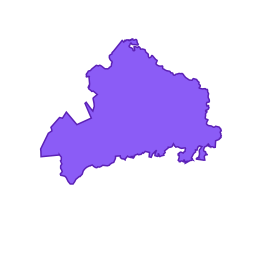 Landa de Matamoros, Querétaro, Mexico (Albers equal-area conic projection), rotated 232°
{"feature_id": "50627088B98112130077485", "entity_name": "Landa de Matamoros", "entity_type": "district", "adm_level": 2, "iso_a3": "MEX", "parent_name": "Mexico", "parent_adm1": "Querétaro", "projection": "albers", "projection_center": [-99.184, 21.282], "detail": "fine", "context": "isolated", "style": "filled", "palette": "violet", "viewbox_px": 256, "rotation_deg": 232, "n_neighbors": 0, "source": "geoboundaries", "source_scale": "gbopen_adm2", "svg_char_len": 5876}
<svg xmlns="http://www.w3.org/2000/svg" viewBox="0 0 256 256"><g transform="rotate(232 128 128)"><path d="M138.1,203.3L139.6,201.8L140.2,200.1L140.9,198.9L140.8,197.4L141.5,196.7L142.0,196.5L143.7,197.0L144.2,196.7L145.3,195.7L146.2,195.9L147.0,195.8L149.3,193.8L150.7,193.0L151.9,192.7L152.8,192.1L153.8,192.1L155.1,193.2L155.6,193.3L155.9,193.1L156.5,192.0L157.8,190.6L159.2,189.9L160.8,189.5L161.8,190.0L162.7,191.8L163.3,192.6L165.0,192.0L169.9,191.8L170.4,191.5L170.5,191.2L169.9,190.1L169.8,189.4L170.0,188.3L170.4,187.9L171.7,188.0L173.7,189.4L177.0,188.8L179.3,189.6L181.3,188.1L182.4,186.4L183.8,186.9L185.5,186.6L185.7,186.3L185.5,185.4L185.5,185.1L187.4,183.9L188.0,183.5L188.3,182.9L188.2,182.6L186.4,181.9L185.1,181.1L185.1,180.4L185.5,179.9L185.9,179.7L187.2,180.4L187.8,180.4L189.1,180.0L190.9,179.0L191.6,179.1L192.0,179.4L192.1,180.3L193.0,181.7L193.2,182.3L193.1,182.6L192.8,182.8L191.6,182.6L191.1,182.9L190.5,183.4L189.8,184.5L188.0,186.1L187.5,186.7L187.4,187.2L187.7,187.7L188.8,187.6L190.1,188.1L191.5,188.9L192.5,189.0L193.1,188.4L193.3,187.3L194.1,186.3L195.0,186.1L195.3,186.5L195.4,186.4L195.8,185.5L195.5,184.5L195.9,184.5L196.0,184.3L195.7,183.9L195.7,183.6L196.6,183.1L196.3,182.6L196.8,182.4L197.1,182.6L197.5,182.0L198.1,181.5L198.4,180.7L198.2,180.3L198.6,180.1L199.0,179.5L198.4,179.1L198.7,178.7L198.7,178.1L198.4,177.6L200.6,177.3L197.4,163.6L197.3,162.4L197.1,161.7L196.3,161.0L196.6,159.0L196.4,157.8L194.8,156.5L193.3,156.1L191.6,156.0L190.6,156.4L189.7,156.0L189.3,155.7L189.2,155.1L187.5,153.4L187.0,152.6L187.2,150.5L186.9,150.1L187.0,148.6L188.6,146.6L189.1,146.2L193.2,145.2L194.4,144.7L195.0,144.1L195.1,143.0L196.9,141.6L196.8,135.9L196.4,133.7L197.1,132.3L197.2,131.5L196.5,130.1L196.4,129.1L195.9,128.5L196.0,128.2L195.4,127.7L194.3,127.5L194.1,126.7L193.9,126.7L193.7,127.4L193.2,127.8L192.8,129.0L192.4,129.2L191.8,128.4L186.1,124.7L185.7,123.9L185.4,123.8L185.5,123.5L185.0,123.4L185.0,122.9L184.9,122.9L184.7,123.1L184.2,122.8L184.6,121.7L182.8,121.2L180.2,121.9L179.2,121.9L178.3,123.4L173.3,124.4L173.1,119.2L172.6,118.5L168.7,116.6L165.9,114.8L163.0,110.7L166.6,110.6L174.0,110.9L173.9,109.3L158.4,105.2L162.1,89.8L178.5,89.2L176.1,82.4L178.4,80.5L176.0,67.7L173.9,67.0L172.6,66.2L172.9,62.0L165.2,46.2L163.1,44.9L158.9,41.8L149.0,57.3L149.3,57.5L146.0,57.5L143.8,55.6L143.7,54.6L140.4,53.7L139.6,51.6L138.5,50.7L137.5,50.0L136.2,50.0L134.1,49.3L133.4,46.3L132.1,45.9L130.9,47.0L128.9,48.5L127.1,48.8L122.7,47.9L119.5,48.0L117.7,50.2L118.6,53.1L119.6,55.2L119.8,59.8L119.3,60.2L119.8,63.5L121.8,66.4L122.4,68.9L122.5,71.2L121.9,74.2L121.4,74.9L121.5,75.2L120.9,77.0L119.6,77.3L118.8,77.3L118.2,77.7L117.1,77.9L115.9,79.0L116.0,80.3L114.8,81.4L114.3,83.0L114.2,85.1L110.9,88.5L110.2,90.3L110.5,91.9L110.4,92.5L110.3,93.8L109.7,95.6L111.6,99.1L112.4,100.0L113.4,100.7L113.0,101.5L110.8,104.7L109.4,103.8L108.9,103.9L107.6,104.2L107.1,104.6L106.4,105.5L104.7,106.1L105.3,106.7L106.1,110.3L105.0,110.6L103.1,112.0L103.6,113.0L103.1,113.3L102.0,113.0L101.9,113.5L102.1,113.9L101.6,113.6L101.1,113.6L101.1,114.3L102.3,117.0L101.6,118.9L101.5,119.6L100.5,119.8L100.1,120.2L100.1,120.7L99.2,122.0L99.5,124.4L98.7,124.6L98.8,126.6L99.0,127.1L95.5,129.9L92.3,126.9L90.6,128.2L92.3,131.3L93.0,136.9L91.2,133.6L89.7,132.2L87.5,133.7L87.3,134.3L87.7,135.3L88.9,135.7L88.8,136.2L88.2,136.1L86.3,135.3L85.8,135.5L85.5,137.1L84.4,139.5L85.6,140.0L85.7,142.1L87.4,142.7L87.5,147.3L88.1,147.9L87.0,149.0L86.3,150.8L86.3,151.4L87.6,154.1L86.4,154.0L85.3,153.6L84.1,154.0L83.5,153.9L82.6,155.7L80.5,156.6L79.0,157.6L77.2,160.8L76.3,160.6L75.4,159.3L74.5,158.6L74.4,158.2L74.7,157.6L74.3,156.1L76.4,154.9L76.7,154.4L76.7,154.0L76.9,153.4L76.5,153.0L76.7,152.1L76.7,151.4L75.5,150.8L75.0,151.5L73.0,149.9L71.7,147.7L70.3,147.9L69.8,147.7L69.2,148.5L69.4,149.2L68.9,150.2L67.2,150.9L66.9,151.3L67.4,151.1L68.3,152.3L68.0,152.6L67.5,152.2L66.9,152.2L66.6,151.8L65.6,153.6L65.5,153.2L65.8,152.7L65.1,151.9L65.5,151.6L65.0,151.3L64.1,157.0L63.5,157.9L63.4,159.0L62.8,159.4L63.8,159.4L64.2,159.8L65.4,159.5L67.2,163.5L67.5,164.8L67.5,166.5L69.2,167.7L68.1,168.7L70.0,171.4L69.7,172.4L70.1,173.0L69.8,173.4L67.9,174.7L67.8,174.1L67.2,172.7L66.7,170.6L65.5,169.6L64.0,168.7L62.8,167.6L62.3,166.8L61.9,166.4L61.7,165.5L61.1,165.6L61.5,165.1L61.9,164.0L61.8,163.3L61.6,162.8L61.7,162.3L61.5,162.6L55.9,168.0L55.4,168.8L58.4,170.4L59.0,171.4L59.1,172.6L58.2,173.8L58.4,174.1L59.5,173.7L60.1,173.8L61.3,174.4L62.0,174.3L62.2,173.9L63.2,173.7L64.0,173.9L64.6,174.5L65.9,176.5L65.8,177.4L65.5,178.0L65.7,179.5L65.3,179.6L66.0,181.4L65.2,181.5L65.0,181.0L64.4,180.4L63.6,180.6L63.6,181.0L63.0,181.0L63.0,181.5L62.0,181.5L62.2,181.8L61.8,182.3L61.1,183.2L59.7,183.7L59.1,184.9L64.0,189.2L63.0,192.4L63.1,193.5L63.4,193.7L63.2,194.1L63.4,194.3L63.2,194.8L63.4,195.6L64.4,196.0L64.4,196.7L66.3,197.3L66.5,197.7L67.7,197.8L68.5,198.9L68.3,199.7L69.2,200.1L70.2,200.5L70.8,200.2L71.8,200.5L72.7,200.3L75.4,198.2L75.4,196.8L75.9,195.9L78.3,194.9L80.5,192.8L81.5,192.6L82.2,192.3L82.9,192.4L84.1,193.6L84.8,195.1L85.1,196.0L85.6,195.9L87.1,194.9L88.1,194.9L88.7,195.3L90.0,196.8L91.4,197.8L91.7,198.3L91.9,199.6L92.1,200.1L92.6,200.3L93.3,199.6L93.7,199.7L94.0,200.6L93.6,201.3L93.4,202.7L94.1,204.3L95.3,204.6L95.9,205.1L96.1,205.2L96.4,205.0L96.6,203.8L97.1,203.7L98.8,204.7L99.5,205.8L99.5,206.3L99.0,206.9L98.6,207.8L99.0,208.6L100.2,209.4L102.5,209.9L103.3,210.4L104.0,210.9L105.3,212.5L105.9,212.8L107.1,212.8L108.8,214.0L109.5,214.2L109.9,214.0L110.1,213.4L110.5,213.1L111.4,213.1L112.1,212.2L113.0,210.7L114.8,209.2L115.5,208.7L116.0,209.0L116.1,210.0L116.4,210.6L117.2,211.2L118.6,211.0L119.2,211.0L120.3,212.1L121.9,211.8L123.9,211.9L124.5,211.6L126.6,210.0L126.7,209.3L126.3,208.3L126.3,207.7L128.0,205.9L132.6,204.4L133.7,204.5L135.0,204.3L136.0,204.6L137.4,204.3L137.8,204.1L138.1,203.3Z" fill="#8b5cf6" stroke="#5b21b6" stroke-width="1.5"/></g></svg>